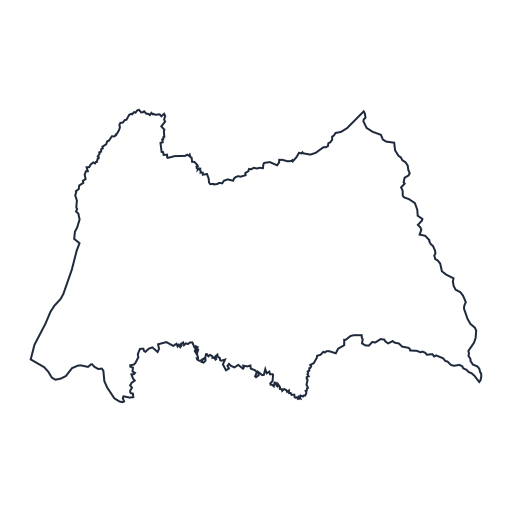 the district of Yan Ta Khao, Trang, Thailand
{"feature_id": "78962969B81181946303710", "entity_name": "Yan Ta Khao", "entity_type": "district", "adm_level": 2, "iso_a3": "THA", "parent_name": "Thailand", "parent_adm1": "Trang", "projection": "robinson", "projection_center": [99.737, 7.427], "detail": "fine", "context": "isolated", "style": "outline", "palette": "slate", "viewbox_px": 512, "rotation_deg": 0, "n_neighbors": 0, "source": "geoboundaries", "source_scale": "gbopen_adm2", "svg_char_len": 6069}
<svg xmlns="http://www.w3.org/2000/svg" viewBox="0 0 512 512"><path d="M30.7,359.4L44.2,367.2L48.2,371.6L51.9,377.7L55.5,379.7L60.8,378.6L65.8,376.1L72.1,368.1L77.9,365.6L81.0,365.4L88.0,366.9L91.0,364.4L92.1,364.3L94.4,366.8L98.2,369.0L101.9,368.6L103.4,370.9L104.3,381.0L107.1,387.4L114.3,398.3L119.5,401.5L122.5,402.2L124.1,401.4L122.8,398.3L123.5,396.3L129.6,397.6L133.3,397.2L132.9,393.6L131.0,393.3L130.2,392.2L130.2,390.6L132.0,387.7L130.1,385.4L131.8,382.6L134.7,380.6L133.0,378.5L131.4,374.4L133.9,374.2L135.0,372.9L132.5,371.5L133.0,367.7L130.4,366.7L130.2,365.3L133.8,364.6L135.4,363.0L138.3,357.3L137.8,354.1L140.0,348.9L143.3,348.7L144.1,351.0L145.4,351.8L148.9,348.6L152.4,347.4L157.6,352.0L159.0,348.9L158.1,344.3L166.3,342.1L173.3,345.9L176.5,343.8L177.6,346.4L178.5,344.9L180.3,347.2L181.6,345.3L180.6,344.2L183.1,342.5L184.0,345.2L185.8,343.4L188.0,344.0L190.2,342.4L192.4,342.5L194.6,347.7L195.3,347.9L195.9,346.3L197.5,347.1L195.9,348.6L194.8,351.1L196.1,353.2L196.5,351.6L195.8,350.6L197.7,349.2L198.2,349.6L196.9,353.9L198.1,357.7L197.9,358.5L196.8,358.4L197.2,359.5L199.3,360.8L202.4,360.2L201.6,362.0L203.6,362.6L205.5,360.7L205.4,359.0L203.5,358.7L205.3,357.6L206.0,354.2L207.0,354.2L208.4,356.3L210.1,354.9L212.5,356.4L212.5,357.9L214.2,357.7L215.5,359.6L216.3,358.9L215.3,356.5L217.4,354.7L217.7,356.7L219.8,358.0L220.2,360.3L221.3,360.7L225.0,359.6L222.9,364.4L226.0,370.3L228.9,368.5L227.5,365.7L229.0,363.9L230.9,365.8L234.4,367.4L238.3,364.9L243.0,368.7L243.8,367.6L243.3,365.7L247.5,366.4L250.4,365.5L250.8,368.6L254.9,370.2L256.8,372.0L255.1,376.4L256.0,377.2L258.6,375.3L258.4,372.1L262.1,375.1L263.8,374.9L265.3,369.2L266.7,373.3L269.3,371.6L270.0,374.3L272.6,374.2L273.1,374.9L272.5,381.2L270.3,383.3L270.6,384.7L272.2,384.8L273.8,386.3L274.6,382.6L275.8,382.7L276.5,385.6L277.5,386.4L278.0,384.1L280.0,387.1L279.9,389.0L281.8,389.2L282.2,390.8L284.1,389.0L286.3,390.1L287.1,391.9L288.9,390.5L289.1,393.1L290.6,393.0L291.5,394.8L294.3,394.7L294.6,397.1L295.4,397.7L296.9,397.2L298.3,399.7L298.0,398.1L299.3,398.5L299.1,397.0L300.2,397.8L299.8,396.6L300.5,395.5L303.0,396.5L303.9,395.5L305.1,395.6L306.2,393.5L306.3,391.8L305.7,391.0L306.6,390.7L307.0,388.5L308.0,387.8L306.5,384.7L307.6,379.8L306.7,378.8L306.7,377.2L308.7,376.3L307.4,374.3L308.2,373.2L307.6,371.5L309.3,370.7L309.2,368.3L310.3,367.9L311.2,366.3L310.2,365.0L313.8,363.1L316.8,357.8L317.1,355.8L320.5,354.8L323.4,351.8L324.8,352.5L326.6,351.2L329.2,351.2L335.8,353.3L338.1,348.7L344.2,345.2L344.2,339.8L345.6,339.9L350.5,336.0L353.9,335.2L361.7,335.2L361.8,337.6L362.7,339.3L362.0,343.4L365.4,345.4L368.9,345.6L372.3,342.0L375.3,342.5L380.6,339.1L384.3,339.6L385.5,341.6L388.2,343.4L392.7,341.1L394.5,342.6L398.9,343.5L402.1,346.6L408.4,347.8L409.7,348.8L410.2,350.5L416.6,350.8L420.7,352.3L422.3,351.6L425.2,352.7L426.8,354.7L432.4,354.2L434.2,356.5L436.1,355.4L443.1,358.3L445.4,361.1L447.5,361.5L450.7,364.8L453.8,365.8L459.4,364.9L462.4,366.4L463.1,368.2L466.6,369.9L468.7,372.1L471.5,373.2L474.4,375.7L479.2,382.0L480.5,380.3L481.3,376.3L481.1,373.3L480.2,372.4L479.3,368.7L477.2,366.3L472.9,364.6L470.5,360.9L470.5,359.1L468.5,355.8L469.0,353.5L468.4,350.9L474.0,342.7L475.6,338.1L476.2,330.6L474.9,327.7L470.4,323.9L467.5,318.8L464.0,308.7L464.2,305.9L465.8,302.1L463.1,295.8L460.4,292.2L455.6,289.7L453.6,285.9L452.9,281.6L453.5,278.3L446.1,274.6L441.9,271.3L440.2,263.6L437.7,260.5L435.2,259.0L434.3,255.5L435.4,253.6L435.1,250.8L433.1,246.2L430.6,243.9L429.2,241.1L429.4,240.2L425.2,235.8L419.6,234.6L421.3,229.9L420.4,227.4L417.9,224.9L422.0,220.5L422.4,219.0L417.7,215.7L417.3,209.8L414.9,203.1L408.9,199.1L404.1,197.4L402.8,195.8L402.6,190.6L401.1,187.4L404.7,183.6L403.6,182.3L404.6,177.7L408.5,175.5L409.7,173.3L408.3,169.9L407.7,165.6L405.5,162.2L402.4,160.3L400.9,157.5L398.5,155.8L395.1,150.4L394.2,142.7L386.2,141.6L382.8,139.5L380.9,134.8L372.6,131.8L366.6,127.9L363.4,121.3L363.7,119.5L365.5,117.7L364.9,113.7L363.7,111.4L347.0,128.2L341.0,131.9L335.5,133.0L333.8,135.6L332.1,136.7L332.2,139.7L330.4,142.2L328.4,143.2L327.9,146.1L325.7,147.3L323.5,147.2L315.6,152.9L310.3,154.6L303.2,153.3L302.4,152.3L301.5,153.4L299.0,152.8L296.6,157.0L292.8,161.3L292.3,160.2L291.4,161.0L287.7,161.3L282.6,159.9L279.2,159.8L279.1,162.4L277.1,165.3L269.8,162.1L264.2,162.9L263.4,164.2L262.9,168.2L259.9,167.8L256.8,168.5L253.7,167.8L251.3,169.3L249.1,168.9L248.3,171.2L245.3,173.0L245.6,175.2L240.6,176.7L238.2,176.2L235.8,177.0L234.0,178.5L233.1,180.7L227.7,179.4L224.0,180.7L222.2,183.3L218.9,182.9L217.7,183.9L214.1,184.5L213.6,183.9L210.2,184.1L209.0,182.4L208.7,178.6L207.0,174.0L202.8,174.7L202.7,172.7L200.5,172.7L200.8,171.3L199.8,169.7L200.2,168.6L199.0,168.4L197.8,169.6L198.0,168.6L196.8,168.2L196.5,166.6L197.8,166.2L197.5,165.2L194.4,161.9L192.1,161.8L191.6,157.7L190.5,157.2L189.7,154.7L189.0,155.8L187.0,154.7L185.1,155.9L174.8,156.1L167.8,157.9L167.2,157.5L167.1,154.7L163.6,154.9L163.1,152.1L161.6,151.9L160.5,142.9L162.7,142.3L162.2,139.5L163.2,139.4L163.4,137.1L164.3,136.9L163.9,131.2L164.4,129.7L161.3,126.4L165.1,121.6L164.1,119.4L165.2,115.9L164.1,113.8L161.4,116.3L159.6,114.3L155.4,114.8L153.5,113.9L152.7,114.3L151.4,112.9L149.9,115.1L148.4,113.9L146.3,113.7L144.1,111.3L143.1,112.2L141.2,112.4L138.9,109.8L137.1,110.5L135.5,112.7L134.1,112.1L132.1,114.3L131.4,113.8L129.2,114.8L126.4,119.8L124.9,120.0L122.7,122.6L120.4,122.9L119.4,124.8L119.9,127.5L119.1,129.9L117.2,133.4L115.8,134.5L116.1,135.1L114.4,136.4L111.9,136.3L108.8,140.8L107.4,141.1L106.1,144.4L102.4,146.7L102.8,148.4L101.2,149.2L101.1,151.6L99.2,152.4L99.7,153.6L97.8,156.4L98.8,157.2L98.5,158.5L97.7,158.6L96.8,162.0L95.8,162.1L95.0,163.4L93.3,162.4L90.5,164.7L89.3,167.1L86.6,167.3L87.8,171.2L85.9,171.3L84.7,174.6L85.6,179.1L82.9,180.8L83.3,182.9L79.2,185.5L78.7,189.1L75.9,191.2L76.2,192.2L75.2,195.3L76.9,200.5L76.3,207.2L77.1,209.2L76.0,211.5L78.3,213.5L79.6,219.4L77.3,227.1L74.9,231.8L74.2,238.9L79.5,243.2L76.7,250.6L71.8,269.7L63.3,294.1L60.5,299.1L54.4,305.7L50.4,311.9L45.5,323.6L34.5,344.7L30.7,359.4Z" fill="none" stroke="#1e293b" stroke-width="2"/></svg>